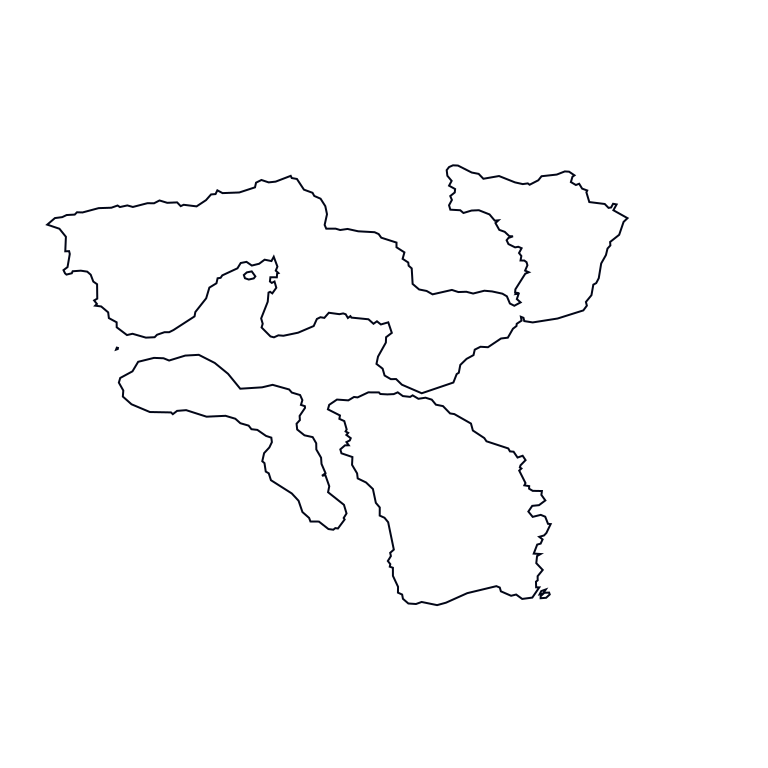 Flores Timur, Nusa Tenggara Timur, Indonesia, rotated 74°
{"feature_id": "22746128B68993103553012", "entity_name": "Flores Timur", "entity_type": "district", "adm_level": 2, "iso_a3": "IDN", "parent_name": "Indonesia", "parent_adm1": "Nusa Tenggara Timur", "projection": "equal_earth", "projection_center": [122.946, -8.35], "detail": "fine", "context": "isolated", "style": "outline", "palette": "ink", "viewbox_px": 768, "rotation_deg": 74, "n_neighbors": 0, "source": "geoboundaries", "source_scale": "gbopen_adm2", "svg_char_len": 6171}
<svg xmlns="http://www.w3.org/2000/svg" viewBox="0 0 768 768"><g transform="rotate(74 384 384)"><path d="M138.0,663.8L145.3,653.2L154.8,649.2L168.6,653.8L169.5,650.1L172.4,650.2L184.4,656.0L186.2,660.7L189.7,660.1L191.3,659.1L191.5,653.6L189.8,652.2L191.5,644.2L194.2,638.3L198.1,635.8L205.4,635.2L209.0,632.3L222.9,636.1L223.8,639.6L227.9,637.9L229.1,640.0L231.5,634.5L239.1,629.4L244.8,630.3L251.0,624.0L255.8,625.3L266.1,617.6L266.4,611.9L273.8,600.1L275.8,591.6L274.1,588.6L273.7,580.8L275.0,576.3L274.1,571.5L266.8,547.5L262.8,545.5L252.6,531.3L243.2,525.3L241.0,517.3L236.5,514.8L236.9,511.8L235.0,509.5L232.4,493.0L228.2,488.4L228.7,482.5L233.7,478.4L234.0,470.9L231.6,464.5L234.8,458.3L231.3,454.9L241.8,454.1L245.2,456.8L248.3,454.9L248.4,456.3L251.9,457.6L250.1,463.8L254.0,465.4L255.9,464.0L255.3,461.0L261.8,461.0L266.1,466.4L264.0,468.1L264.3,469.8L272.9,473.1L287.1,484.0L292.7,484.0L295.9,486.1L307.0,480.0L308.8,476.9L308.1,472.1L309.9,467.4L311.0,452.4L308.9,435.6L303.0,430.6L302.3,426.7L304.0,423.1L300.3,417.4L304.6,407.6L304.9,403.8L306.4,401.6L310.6,400.5L309.5,397.6L311.2,397.0L317.5,381.1L323.2,377.5L321.8,373.5L325.9,370.6L325.9,362.9L337.0,362.4L339.6,369.1L344.7,370.8L356.0,382.2L362.6,385.7L368.9,381.1L376.0,381.1L381.2,376.1L382.6,371.0L389.6,367.0L403.3,350.3L401.7,316.9L394.5,311.4L393.8,309.0L386.7,305.4L382.6,297.7L380.9,290.0L376.0,287.3L374.8,281.0L377.3,273.9L372.5,259.0L373.6,252.2L366.4,244.8L364.8,240.7L362.7,239.8L361.0,234.3L357.1,233.9L358.8,231.7L362.2,231.8L365.8,224.1L368.9,199.1L368.2,172.1L364.6,167.4L360.8,167.3L355.8,160.1L346.2,155.4L345.5,152.2L341.5,148.4L328.0,142.0L321.2,135.1L315.4,131.8L313.2,128.2L309.8,127.5L305.4,116.8L294.2,109.0L291.7,104.2L280.2,115.6L275.5,110.9L273.9,114.1L276.9,117.0L276.6,119.6L271.8,122.2L265.7,136.5L255.5,136.6L254.0,135.3L250.8,139.7L245.3,141.2L245.6,144.7L241.4,148.7L236.7,145.7L235.9,143.4L230.9,147.6L229.5,151.6L230.3,160.2L227.7,175.3L230.7,179.5L232.6,189.1L230.8,190.5L230.1,195.5L226.3,202.5L215.8,216.1L214.1,231.9L208.1,235.1L204.9,241.4L194.4,252.7L192.8,257.4L193.4,261.7L195.7,264.8L201.3,265.7L207.4,263.0L211.3,266.8L216.2,261.9L219.4,263.2L221.6,268.5L225.8,268.0L230.1,272.2L234.7,272.2L238.0,262.8L241.5,260.5L241.4,252.0L243.1,244.9L250.1,235.8L257.5,232.5L258.2,228.9L260.0,232.5L267.6,230.7L271.0,226.0L276.4,222.8L277.6,219.3L277.9,224.1L279.6,226.5L283.8,225.8L288.8,220.3L289.1,217.1L291.4,214.3L295.3,218.1L298.8,216.7L302.9,218.7L304.0,215.1L306.2,213.4L309.4,213.4L313.9,217.1L316.5,214.0L316.9,217.8L329.2,231.6L332.3,232.8L333.1,230.9L333.9,232.3L334.4,229.7L339.0,232.9L343.2,230.2L344.7,237.2L341.3,240.8L333.6,241.7L329.8,245.3L324.8,254.6L322.0,261.8L321.6,273.4L318.0,279.5L316.1,287.2L312.3,292.8L311.2,312.6L306.3,317.4L302.8,324.2L295.7,328.9L280.5,325.5L277.1,327.7L273.9,327.2L268.8,331.6L263.1,328.1L256.0,334.3L251.5,333.0L242.6,346.3L238.4,347.8L235.5,351.2L230.1,366.7L224.9,376.3L223.9,383.7L221.4,387.6L218.8,396.7L214.7,397.2L205.1,392.0L196.9,391.4L188.4,393.9L184.0,399.2L180.5,400.0L175.1,407.4L162.9,411.2L160.6,415.9L158.2,416.3L159.6,432.4L158.4,439.3L154.1,445.6L155.2,451.5L159.4,453.8L160.0,470.3L156.0,486.6L151.9,490.8L155.0,493.6L154.1,498.0L158.2,504.4L161.6,515.2L156.5,527.2L157.0,530.4L152.4,532.8L150.1,542.4L145.7,549.2L146.9,555.3L145.0,561.5L144.6,576.6L141.6,581.5L141.1,589.1L139.0,590.9L139.4,597.5L136.3,609.8L136.0,626.5L134.3,631.8L135.9,634.6L134.1,642.5L134.9,647.3L133.8,654.6L138.0,663.8ZM543.2,268.4L540.4,261.0L534.0,263.3L530.4,261.7L527.7,270.5L524.6,273.4L522.2,272.6L520.1,277.0L518.2,275.3L504.5,277.9L503.1,275.2L501.6,276.4L499.8,275.2L496.2,268.9L491.2,270.5L491.5,275.9L484.8,278.1L483.5,281.5L480.2,282.3L467.3,301.3L463.6,302.5L453.2,311.4L446.0,311.3L432.3,324.7L430.5,328.6L421.5,333.4L418.2,339.8L412.2,342.4L408.6,347.9L407.7,355.0L402.8,359.6L403.6,362.4L400.8,369.2L395.8,373.1L396.4,377.4L394.9,383.7L392.6,390.3L390.7,391.2L387.7,401.4L389.6,413.1L388.2,416.4L389.9,422.8L386.0,433.5L388.9,442.4L392.9,444.9L402.1,435.0L405.2,436.5L408.7,432.4L417.4,432.4L419.0,434.0L421.1,431.9L422.6,434.2L426.9,430.9L428.8,432.4L429.5,436.1L433.2,434.8L432.2,438.4L434.8,444.0L438.9,444.0L445.5,434.5L452.9,437.0L462.5,434.5L467.5,435.3L473.7,428.4L481.9,423.6L496.0,424.6L501.5,422.1L509.3,424.4L512.7,420.4L518.0,418.1L545.9,420.2L548.0,424.6L551.3,424.8L555.2,429.1L558.9,427.6L561.2,428.8L563.1,426.1L570.9,428.3L582.8,426.4L588.4,428.1L591.4,424.6L595.7,425.0L601.7,421.1L604.3,413.9L603.9,407.9L611.2,393.9L611.3,384.7L608.0,361.6L609.3,331.7L611.6,328.8L615.5,328.8L622.6,320.2L622.8,315.0L628.7,310.4L630.2,300.3L622.3,290.8L621.4,293.8L615.9,292.4L615.1,290.4L611.1,289.3L606.5,282.7L598.2,287.0L591.6,284.3L590.6,280.3L588.3,286.8L580.6,281.0L580.6,277.4L577.1,274.4L573.7,276.9L573.7,271.9L572.0,269.0L564.6,262.4L563.6,264.9L556.0,265.6L553.0,269.4L552.7,277.7L546.4,280.4L542.0,275.1L543.2,268.4ZM498.1,455.7L489.1,455.8L472.6,467.6L467.2,464.8L455.5,465.5L455.1,468.9L453.6,464.8L443.6,466.1L437.5,464.8L428.3,467.1L422.3,465.5L415.4,467.2L411.4,474.6L403.8,480.0L398.1,479.0L395.5,474.8L391.4,473.9L385.2,466.5L383.5,466.2L381.2,469.6L377.0,466.9L371.5,467.7L366.8,475.0L363.1,476.7L354.1,491.3L353.6,502.1L348.9,523.5L331.2,531.1L317.1,540.9L304.9,554.0L301.9,567.2L302.2,584.1L298.5,588.8L295.5,597.9L294.9,614.2L302.5,622.3L305.5,635.9L309.6,638.5L318.4,636.4L324.1,638.5L333.9,632.3L346.4,616.8L352.6,596.6L354.8,595.3L352.8,590.3L354.6,581.4L366.5,563.6L370.9,545.1L376.4,536.5L382.1,532.9L386.7,525.6L390.9,523.9L393.2,518.4L401.4,511.7L404.5,507.1L409.0,507.8L413.4,511.7L417.4,518.3L424.7,522.3L427.1,520.7L435.6,521.8L438.1,519.4L445.3,519.2L463.8,502.8L472.7,498.3L484.6,497.7L492.1,492.9L495.9,492.6L498.3,484.5L508.1,477.4L510.1,472.9L509.1,470.5L510.2,468.1L503.4,459.2L501.7,459.7L498.1,455.7ZM245.1,478.0L239.3,480.1L238.9,485.1L240.6,488.7L244.0,488.5L246.3,485.2L246.6,480.1L245.1,478.0ZM633.1,292.5L634.2,287.1L632.0,282.7L630.0,282.8L628.9,287.4L631.1,291.9L633.1,292.5ZM629.1,292.4L629.3,289.0L626.1,285.1L626.4,289.9L629.1,292.4ZM277.1,632.1L277.0,630.3L276.0,629.8L275.4,630.8L277.1,632.1Z" fill="none" stroke="#020617" stroke-width="2"/></g></svg>